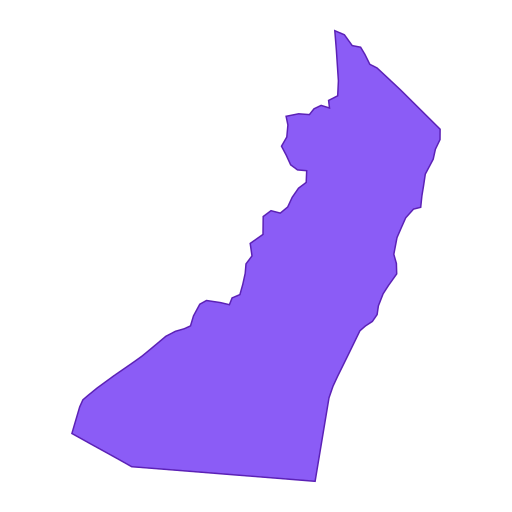 Tracunhaém, Pernambuco, Brazil
{"feature_id": "56859067B39604010475320", "entity_name": "Tracunhaém", "entity_type": "district", "adm_level": 2, "iso_a3": "BRA", "parent_name": "Brazil", "parent_adm1": "Pernambuco", "projection": "natural_earth1", "projection_center": [-35.157, -7.742], "detail": "fine", "context": "isolated", "style": "filled", "palette": "violet", "viewbox_px": 512, "rotation_deg": 0, "n_neighbors": 0, "source": "geoboundaries", "source_scale": "gbopen_adm2", "svg_char_len": 1218}
<svg xmlns="http://www.w3.org/2000/svg" viewBox="0 0 512 512"><path d="M290.7,164.9L297.5,169.9L306.7,170.7L306.2,182.4L298.5,188.2L292.2,197.3L287.7,207.0L280.3,213.1L271.0,210.7L263.2,216.5L263.0,234.4L250.2,243.4L252.0,255.9L246.0,263.9L245.2,273.4L242.8,284.3L239.9,294.6L232.1,297.9L229.4,304.7L220.5,302.6L206.5,300.5L199.8,304.2L193.5,315.9L190.5,325.9L184.1,328.8L175.4,331.3L165.8,336.3L153.9,346.3L142.3,355.9L133.8,362.0L114.1,375.6L97.0,388.1L88.3,395.2L82.9,399.8L79.7,406.9L74.4,424.9L71.9,433.5L90.8,444.0L115.5,457.6L131.7,466.7L233.7,474.8L315.1,481.3L329.0,397.8L333.0,386.2L337.7,376.1L343.0,365.4L348.7,353.8L359.9,330.8L365.5,325.9L372.4,321.4L377.1,314.6L378.4,305.8L383.1,293.8L388.5,285.4L396.7,273.9L396.4,263.5L393.8,254.3L397.0,237.6L401.3,227.7L405.7,217.8L413.5,209.1L420.7,207.3L421.9,195.8L423.5,186.1L425.3,174.1L433.2,159.2L435.4,149.2L440.0,139.6L440.1,129.2L400.6,90.0L377.1,68.0L369.8,64.3L364.9,54.4L360.6,47.2L352.2,45.6L344.4,34.8L334.8,30.7L336.4,50.5L338.4,80.9L337.7,95.8L328.6,100.4L329.5,108.0L321.1,105.4L314.0,108.8L309.4,114.6L298.6,113.8L286.1,116.3L287.9,125.0L286.8,137.0L281.5,146.2L286.3,155.3L290.7,164.9Z" fill="#8b5cf6" stroke="#5b21b6" stroke-width="1.5"/></svg>